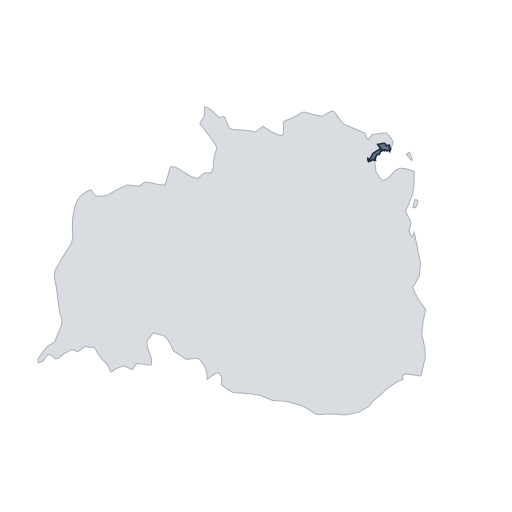 Stueng Hav, Kaôh Kong, Cambodia (highlighted), rotated 195°
{"feature_id": "14789045B13599773349639", "entity_name": "Stueng Hav", "entity_type": "district", "adm_level": 2, "iso_a3": "KHM", "parent_name": "Cambodia", "parent_adm1": "Kaôh Kong", "projection": "orthographic", "projection_center": [103.692, 10.797], "detail": "fine", "context": "in_parent", "style": "filled", "palette": "slate", "viewbox_px": 512, "rotation_deg": 195, "n_neighbors": 0, "source": "geoboundaries", "source_scale": "gbopen_adm2", "svg_char_len": 6165}
<svg xmlns="http://www.w3.org/2000/svg" viewBox="0 0 512 512"><g transform="rotate(195 256 256)"><path d="M438.7,96.2L439.9,100.2L437.0,108.0L433.9,115.0L428.0,121.2L427.8,125.7L425.9,139.1L426.8,143.4L428.2,147.0L430.2,148.9L435.7,162.0L440.6,173.9L445.5,183.6L446.4,189.8L442.3,205.6L437.5,220.1L438.0,227.3L440.3,234.5L442.8,244.1L443.8,256.4L442.7,264.4L440.5,269.4L436.2,274.6L432.4,277.2L427.8,272.9L424.1,272.8L419.2,274.2L415.4,276.2L407.7,283.8L399.1,291.2L387.1,293.2L382.5,298.6L377.5,299.4L368.0,299.8L361.8,301.1L362.1,303.8L361.7,316.7L361.9,319.7L360.9,320.5L356.6,320.9L349.3,319.0L339.4,315.9L332.4,315.5L328.8,321.1L326.7,323.3L324.0,323.6L321.2,324.7L320.3,327.2L320.1,330.3L321.5,335.6L322.1,344.1L321.7,349.9L324.4,353.5L339.6,365.8L344.0,368.8L344.6,370.6L342.0,377.3L344.4,386.7L339.7,386.6L331.7,382.6L327.9,380.2L323.4,382.2L321.8,381.8L318.6,377.2L314.6,372.5L310.4,372.2L301.6,374.2L292.6,375.5L289.2,375.5L287.8,376.4L282.6,383.4L280.4,382.2L271.3,379.6L263.0,378.6L261.3,380.4L262.3,386.2L264.2,391.8L263.1,394.2L258.6,397.1L252.6,402.5L248.9,406.6L246.3,407.6L237.2,407.5L228.0,408.1L224.4,412.0L221.0,415.0L218.0,415.8L206.0,406.2L182.3,402.9L179.8,398.7L177.5,397.8L175.3,403.4L162.3,408.7L156.8,405.5L152.8,401.6L153.4,396.8L157.2,392.9L163.7,390.2L166.7,380.4L161.7,367.9L157.4,364.3L152.9,361.4L148.1,366.0L144.1,374.0L139.9,378.1L133.9,379.0L125.2,378.6L121.9,366.8L120.8,356.6L122.0,345.0L123.3,338.1L115.0,328.6L114.6,319.5L110.5,314.9L109.4,317.2L109.5,319.8L108.3,317.9L95.2,291.4L93.1,279.1L95.4,269.6L96.7,266.5L92.9,261.5L87.6,255.8L78.3,248.3L77.7,236.6L75.6,222.8L72.8,218.1L68.6,209.6L66.3,202.5L65.6,183.9L66.8,182.4L73.5,181.9L82.0,180.5L83.3,177.5L81.9,175.0L87.3,170.8L95.2,161.6L101.2,152.0L105.6,145.9L108.2,139.8L117.0,131.3L129.1,125.4L137.3,124.0L145.8,122.0L154.0,119.1L157.9,118.9L168.1,122.3L173.6,123.2L179.3,123.2L185.3,123.5L190.5,123.2L202.9,120.7L216.2,122.6L227.9,121.1L242.5,118.2L249.7,120.0L256.2,122.7L257.2,128.4L258.7,131.0L260.9,133.0L263.8,133.0L267.5,129.0L270.6,124.9L271.6,124.1L271.7,126.2L273.3,130.6L276.1,134.9L278.9,137.8L283.7,141.6L286.7,141.8L296.7,138.1L311.7,143.2L313.4,145.9L318.3,151.2L323.6,155.0L335.3,155.2L339.4,145.7L337.3,139.9L330.5,129.9L328.7,124.0L330.8,123.0L342.0,121.8L343.8,120.6L346.2,114.0L349.3,114.8L355.6,115.5L362.1,111.0L365.9,106.3L368.1,108.4L370.5,111.7L373.0,113.6L377.8,116.3L383.1,120.3L386.4,124.1L389.0,125.6L395.7,124.4L397.5,124.6L401.3,119.8L404.0,117.2L406.3,117.9L409.7,117.8L416.5,111.7L420.4,106.2L422.6,104.7L428.9,107.3L431.4,106.8L434.8,99.2L438.7,96.2ZM117.5,351.1L116.2,351.8L114.9,351.8L113.7,350.7L113.8,346.4L114.7,343.8L116.9,343.3L117.5,351.1ZM137.2,393.1L134.6,396.0L130.3,390.1L130.4,388.4L137.2,393.1Z" fill="#d9dde1" stroke="#a8b0b8" stroke-width="1"/><path d="M165.5,379.3L165.3,379.3L165.5,379.7L165.7,380.4L165.8,380.5L165.8,380.9L165.8,381.0L165.9,381.3L165.9,381.5L166.0,381.6L165.9,381.6L165.9,381.8L166.0,381.8L166.0,382.0L166.0,382.3L166.0,383.1L165.9,383.5L165.8,383.9L165.7,384.2L165.7,384.4L165.5,384.5L165.3,384.9L165.1,385.1L165.1,385.3L164.9,385.3L164.7,385.4L164.3,385.5L164.2,385.6L163.9,385.7L164.0,385.8L163.9,385.9L163.9,386.0L163.7,386.0L163.6,386.3L163.4,386.4L163.2,386.4L163.2,386.5L163.1,386.8L163.0,387.0L162.9,387.1L163.0,387.2L163.0,387.4L163.0,387.9L163.0,388.5L162.9,388.7L162.8,388.9L162.6,389.3L162.4,389.5L162.3,389.4L162.2,389.4L162.0,389.6L161.9,389.7L162.0,389.7L162.1,389.9L162.2,390.1L162.2,390.3L162.4,390.5L162.2,391.3L161.9,391.4L161.7,391.3L161.5,391.2L161.4,391.2L161.2,391.2L161.1,391.4L160.9,391.4L160.8,391.6L160.7,391.6L160.4,391.6L160.1,391.6L160.1,391.4L159.9,391.3L159.8,391.2L159.8,391.3L159.6,391.3L159.4,391.0L159.2,390.9L159.0,391.0L159.0,391.3L158.9,391.4L158.9,391.5L158.9,391.8L158.5,391.8L158.3,391.8L158.2,391.8L158.2,391.7L157.9,391.8L157.5,391.9L157.4,391.9L157.1,391.7L156.8,391.6L156.7,391.5L156.7,391.4L156.3,391.4L156.2,391.5L155.9,391.8L156.0,391.8L155.7,392.0L155.6,392.3L155.3,392.5L155.2,392.5L154.9,392.6L154.7,392.8L154.4,392.9L154.3,393.0L154.2,393.1L153.9,393.0L153.7,392.9L153.6,393.0L153.7,393.3L153.7,393.5L153.8,393.9L153.7,394.1L153.8,394.3L153.8,394.5L153.7,394.9L153.9,394.9L154.5,395.0L155.2,395.0L155.4,395.0L155.4,395.7L155.4,395.9L155.4,396.2L155.4,396.5L155.5,396.9L155.8,397.4L156.1,397.7L156.4,397.2L156.6,397.0L156.9,397.1L157.0,397.0L157.5,397.0L157.7,396.8L157.8,396.7L158.2,396.7L158.5,396.4L158.5,396.5L159.0,396.7L159.1,396.8L159.4,396.9L159.5,397.1L159.8,397.4L160.0,397.6L160.3,397.8L160.5,397.8L160.9,398.1L161.0,398.1L161.3,397.9L161.6,398.0L162.2,397.7L163.5,397.2L164.1,396.9L164.5,396.7L165.0,396.4L165.5,396.1L166.0,395.9L166.2,395.6L166.3,395.5L166.4,395.4L166.6,395.4L166.8,395.5L167.0,395.6L167.4,395.5L167.4,395.4L167.5,395.3L167.5,395.2L167.4,395.1L166.9,394.7L166.6,394.3L166.4,394.1L166.2,394.0L165.9,393.9L165.4,393.7L165.1,393.4L164.9,393.4L164.8,393.2L164.7,393.2L164.4,393.1L164.4,392.9L164.2,392.9L164.2,392.7L163.9,392.7L163.7,392.4L163.6,392.5L163.5,392.2L163.2,391.7L163.3,391.3L163.2,391.2L164.1,391.3L164.3,391.2L164.6,390.8L165.2,390.1L166.7,388.7L167.0,388.3L168.3,386.7L169.0,386.0L169.3,385.6L169.6,385.1L169.9,384.5L170.0,383.6L170.1,383.3L170.2,382.7L170.2,382.4L170.3,382.0L170.5,381.0L171.4,378.5L171.5,378.5L171.9,378.7L172.6,379.2L173.1,379.4L173.3,379.5L173.3,379.3L173.1,378.8L173.1,378.6L173.1,378.2L173.0,377.9L172.5,377.2L172.0,376.6L172.0,376.8L171.9,376.9L171.6,376.9L171.6,377.0L171.4,377.1L171.0,377.1L170.9,377.0L170.7,377.1L170.4,377.2L170.5,377.3L170.4,377.4L170.2,377.4L169.9,377.5L169.8,377.8L169.8,377.7L169.8,377.8L169.7,377.8L169.5,378.0L169.4,378.0L169.2,378.1L168.9,378.2L168.8,378.4L168.7,378.4L168.8,378.4L168.9,378.5L169.0,378.6L168.9,378.7L168.7,378.6L168.5,378.8L168.3,379.0L168.2,379.3L167.8,379.5L167.7,379.6L167.8,379.8L167.9,380.0L167.7,379.8L167.5,379.7L167.4,379.5L167.4,379.3L167.2,379.3L167.0,379.5L167.1,379.8L167.0,380.0L166.9,380.0L166.6,380.0L166.4,380.0L166.4,379.9L166.3,379.7L166.0,379.5L165.9,379.4L165.9,379.2L166.0,379.1L165.9,379.1L165.5,379.3ZM153.9,391.8L154.0,391.7L153.9,391.6L153.9,391.8Z" fill="#64748b" stroke="#1e293b" stroke-width="1.5"/></g></svg>